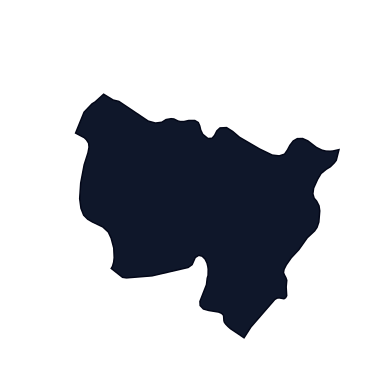 Mila, Equal Earth projection, rotated 119°
{"feature_id": "DZA-2220", "entity_name": "Mila", "entity_type": "Province", "adm_level": 1, "iso_a3": "DZA", "parent_name": "Algeria", "parent_adm1": "", "projection": "equal_earth", "projection_center": [6.134, 36.259], "detail": "fine", "context": "isolated", "style": "filled", "palette": "ink", "viewbox_px": 384, "rotation_deg": 119, "n_neighbors": 0, "source": "natural_earth", "source_scale": "10m", "svg_char_len": 1654}
<svg xmlns="http://www.w3.org/2000/svg" viewBox="0 0 384 384"><g transform="rotate(119 192 192)"><path d="M103.7,129.0L98.3,128.2L94.3,125.8L91.6,121.2L91.1,115.5L92.7,104.8L92.4,98.7L91.3,94.7L89.3,90.8L87.8,88.6L83.7,84.0L94.3,81.2L97.6,81.7L102.8,83.2L107.0,85.6L113.3,88.1L120.0,88.3L129.6,87.5L135.0,85.4L138.2,82.2L139.6,78.5L142.5,74.2L146.6,71.1L156.8,66.5L162.3,65.5L166.6,65.9L176.1,69.0L190.6,70.6L201.4,73.3L210.1,74.2L215.0,74.0L218.2,72.9L219.8,70.9L221.4,68.4L223.3,66.3L229.4,63.6L236.8,58.9L239.1,58.9L240.8,59.8L242.3,64.3L243.5,66.1L245.9,67.5L281.5,75.0L294.3,75.8L292.9,92.0L292.2,95.2L291.3,98.2L290.3,100.4L289.2,101.6L285.2,104.2L284.3,105.2L283.8,107.4L284.1,110.5L287.5,119.9L288.8,125.3L287.4,129.8L283.9,132.0L266.1,134.4L260.0,136.9L257.2,137.5L251.7,140.4L249.4,142.1L246.8,144.5L244.3,148.1L243.2,152.0L244.1,155.4L247.7,157.4L255.5,156.7L259.9,158.8L284.7,186.3L298.9,207.7L300.3,211.4L298.0,225.6L295.6,225.5L291.3,226.5L287.2,228.2L278.9,233.3L271.6,240.3L267.6,245.8L265.8,253.1L266.5,264.3L266.4,269.9L264.8,275.5L260.1,281.2L252.3,287.0L238.1,293.7L220.5,299.5L208.1,302.0L202.7,303.8L199.4,306.1L197.5,309.6L196.7,312.5L196.9,322.4L174.5,325.1L163.4,322.2L160.2,320.4L149.3,316.7L149.8,305.6L148.2,299.9L151.2,264.7L149.4,257.4L145.6,252.2L141.2,249.8L138.0,245.8L136.9,243.2L136.7,238.7L136.1,236.5L134.3,233.2L131.0,229.5L128.1,224.2L128.2,220.2L130.5,217.2L133.6,214.4L136.3,210.6L137.5,204.0L135.3,200.5L131.5,199.7L126.5,199.9L122.4,198.6L118.9,193.0L119.3,185.8L121.1,177.0L121.6,153.7L120.8,139.7L118.1,133.2L114.0,129.4L108.9,128.9L103.7,129.0Z" fill="#0f172a" stroke="#020617" stroke-width="1.5"/></g></svg>